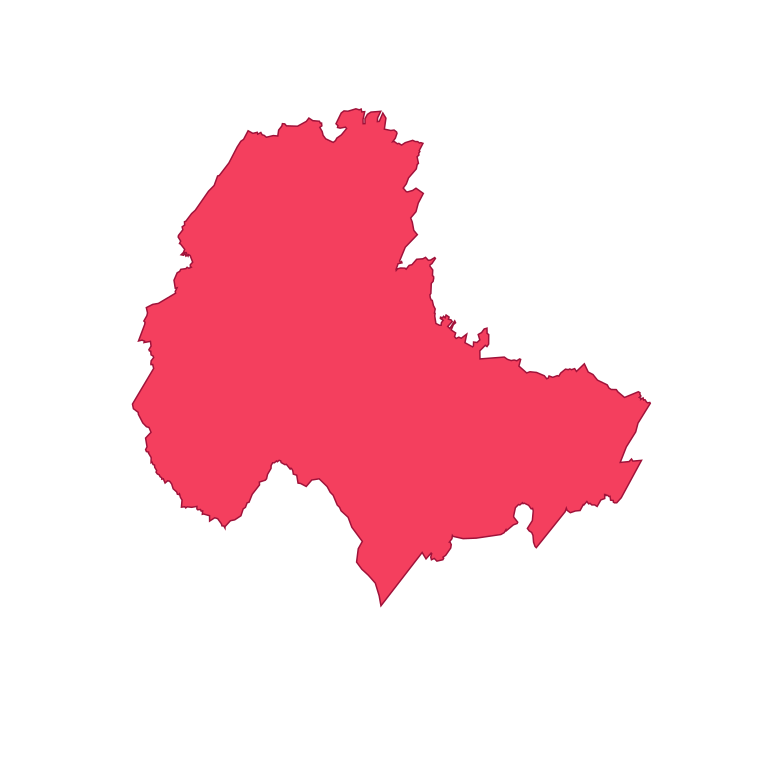 the district of "Vestre Toten" nor, Oppland, Norway, rotated 306°
{"feature_id": "86288312B46682555778915", "entity_name": "\"Vestre Toten\" nor", "entity_type": "district", "adm_level": 2, "iso_a3": "NOR", "parent_name": "Norway", "parent_adm1": "Oppland", "projection": "robinson", "projection_center": [10.584, 60.628], "detail": "fine", "context": "isolated", "style": "filled", "palette": "rose", "viewbox_px": 768, "rotation_deg": 306, "n_neighbors": 0, "source": "geoboundaries", "source_scale": "gbopen_adm2", "svg_char_len": 6171}
<svg xmlns="http://www.w3.org/2000/svg" viewBox="0 0 768 768"><g transform="rotate(306 384 384)"><path d="M210.7,219.4L208.0,223.9L200.1,222.9L193.9,229.2L190.8,229.7L189.7,231.5L190.5,233.6L189.7,234.1L187.6,238.9L183.4,241.8L184.4,242.3L183.1,244.5L183.5,246.0L181.8,247.5L180.4,250.9L178.7,251.4L178.0,253.5L178.4,255.6L177.4,257.3L177.5,259.2L176.4,260.2L177.6,261.2L175.2,265.1L178.6,265.9L179.3,267.8L178.3,271.0L175.3,275.0L174.8,279.8L173.4,281.6L174.0,283.0L174.9,283.1L172.7,285.8L171.4,288.8L165.3,292.5L167.6,295.0L167.2,296.4L169.0,297.0L171.2,300.9L175.0,304.6L173.0,306.0L172.7,307.1L174.6,309.3L173.7,310.8L174.7,311.9L171.8,313.6L172.8,314.5L174.9,320.3L170.6,323.5L176.3,325.7L177.3,328.6L175.3,334.6L174.0,336.3L175.0,337.9L174.0,340.0L175.2,339.2L183.1,340.1L186.4,343.1L193.3,345.7L200.2,343.5L202.8,344.4L207.4,343.1L209.0,344.3L217.3,342.2L229.2,342.6L231.4,340.8L236.4,344.5L238.3,344.7L242.4,342.9L249.3,342.2L251.7,340.6L254.8,340.2L255.8,341.6L258.5,342.3L258.4,343.4L260.6,344.0L261.1,345.5L260.0,347.0L260.5,351.2L261.6,352.3L260.0,358.1L261.2,358.2L261.2,359.0L260.3,361.1L257.8,363.6L258.9,367.0L253.3,372.7L254.5,375.0L255.4,381.3L263.9,382.0L269.2,387.3L267.6,398.3L264.8,404.1L264.1,408.3L258.6,417.3L258.1,420.6L256.2,423.8L255.1,433.3L249.2,442.2L243.9,459.0L235.6,460.0L223.8,466.5L221.1,475.0L220.1,483.7L217.8,494.0L209.8,504.6L202.8,511.9L270.1,513.9L267.2,520.8L274.9,521.5L274.8,522.3L271.4,523.6L269.7,525.7L272.4,527.2L271.8,530.9L276.4,534.9L278.1,534.7L278.6,533.5L281.6,534.6L290.5,534.4L293.6,532.8L294.8,530.6L294.5,529.8L298.8,529.9L301.6,528.4L301.3,529.3L305.4,538.9L313.6,549.3L330.9,567.0L334.4,568.6L337.8,568.3L337.1,569.2L346.2,571.5L349.4,573.7L350.8,573.4L352.5,567.4L353.3,566.5L361.2,563.0L365.6,563.7L366.0,565.0L369.3,565.8L368.9,566.8L370.0,567.5L370.9,572.3L369.5,576.5L370.7,577.3L369.1,579.3L360.7,584.3L351.4,584.9L350.5,587.8L350.7,590.7L349.1,593.5L343.9,598.0L341.4,601.6L341.1,603.4L387.1,605.6L390.7,604.5L389.4,606.4L389.4,610.4L393.8,613.5L396.9,617.0L403.6,616.1L403.6,616.8L408.2,617.2L407.3,620.0L408.6,620.9L408.3,623.2L410.0,625.4L410.2,628.4L417.7,627.6L421.1,629.9L424.3,627.4L424.9,628.5L424.2,629.1L425.4,630.4L425.2,632.2L426.0,632.9L423.2,635.6L424.5,637.9L423.2,639.1L423.4,640.4L424.7,642.1L431.4,642.8L473.6,637.2L467.9,630.7L468.8,628.3L465.3,627.9L459.4,621.2L475.6,617.0L493.2,615.8L501.6,612.5L524.9,610.8L525.3,609.9L523.7,608.3L523.7,607.0L524.7,604.4L523.7,603.4L525.0,601.8L522.6,600.8L523.5,600.4L523.2,598.4L525.3,598.9L526.1,597.0L527.4,596.2L527.2,594.3L514.5,586.5L515.1,577.9L516.0,575.2L513.1,571.0L513.0,568.2L514.5,565.2L512.6,554.4L514.5,547.5L513.7,542.2L518.1,534.2L507.3,532.3L508.5,529.2L505.8,527.3L505.4,525.5L503.9,524.6L502.7,522.1L496.7,520.5L493.1,520.8L492.6,519.3L488.6,516.6L487.5,512.8L485.3,513.4L483.9,512.6L484.9,508.8L483.0,500.6L479.7,494.9L476.8,492.9L477.8,482.6L484.2,480.1L484.0,479.0L480.9,477.8L479.9,475.2L477.7,473.1L476.5,469.3L476.5,465.5L460.7,446.9L467.2,442.0L474.8,443.2L474.8,445.3L477.8,445.2L485.5,439.7L485.6,437.6L489.7,434.5L487.4,432.7L483.0,432.7L479.4,431.1L476.0,435.6L472.3,434.9L470.6,431.8L467.3,434.0L466.1,433.8L465.0,425.2L473.0,421.6L466.4,419.6L465.9,417.0L463.2,415.6L463.8,413.2L467.4,412.0L467.2,406.6L472.8,405.2L475.6,405.9L476.6,404.1L467.6,404.6L468.0,401.7L474.6,402.5L475.3,400.6L474.3,398.0L476.4,397.3L476.3,393.7L473.5,394.5L473.8,392.4L471.9,392.4L471.3,390.5L470.2,391.0L470.3,394.4L467.3,394.4L465.1,395.7L464.1,394.3L463.5,390.4L468.8,385.1L471.2,383.8L471.0,383.1L474.8,381.3L476.5,377.9L480.0,373.9L479.7,372.8L481.0,370.7L483.1,368.7L484.8,368.7L493.2,363.1L495.9,363.4L498.9,362.0L500.1,360.9L500.2,359.5L504.9,356.4L506.3,351.9L507.4,351.2L509.6,352.0L515.8,351.8L516.1,350.7L511.6,348.8L510.1,347.2L510.9,343.2L508.1,341.8L504.1,337.1L497.0,336.5L494.7,334.6L489.9,334.4L490.1,333.0L487.5,329.1L485.2,327.3L483.1,327.1L483.8,326.4L489.6,324.7L492.6,327.3L493.3,326.3L492.1,326.1L492.7,324.3L507.2,320.8L524.4,323.2L525.8,317.8L531.6,311.7L534.0,308.0L542.2,308.6L550.5,305.4L561.3,303.8L561.2,294.8L557.4,293.4L553.2,290.1L552.7,289.0L553.8,284.4L559.1,284.4L565.2,282.7L577.0,283.7L581.2,281.8L582.7,282.2L587.3,277.2L589.7,277.7L591.2,276.4L593.1,276.4L593.6,275.3L601.6,274.1L600.9,271.9L599.8,271.0L599.9,268.8L598.5,266.7L598.0,264.0L591.7,259.3L587.6,257.8L587.4,254.6L586.2,253.6L586.2,249.7L585.1,248.6L589.5,248.7L594.4,247.2L595.3,246.0L595.4,242.9L593.1,240.5L590.4,234.5L600.2,229.3L602.5,223.8L593.7,225.8L592.4,224.4L595.5,222.4L602.7,221.1L596.3,213.6L592.4,212.1L587.4,212.7L583.5,215.6L582.3,214.1L585.6,211.6L593.0,208.3L591.1,206.1L593.0,203.9L591.3,202.9L590.1,199.5L583.5,194.5L581.4,191.1L578.1,190.1L566.3,192.2L565.9,194.9L564.2,195.6L565.2,198.1L569.2,201.9L568.7,203.6L560.5,203.1L555.2,201.3L552.4,201.7L549.6,200.9L548.1,192.7L549.4,188.6L551.9,185.6L553.9,181.2L556.3,182.0L558.4,180.1L557.7,179.2L558.6,177.3L555.2,171.6L555.0,166.9L550.8,166.8L541.7,162.5L535.5,153.3L536.1,150.8L534.9,148.8L532.7,149.7L527.5,149.5L522.2,152.3L519.9,148.4L514.5,143.8L514.7,140.9L514.0,138.9L515.1,136.5L511.9,135.0L513.1,133.5L509.7,130.6L509.0,125.2L499.4,126.6L496.2,125.5L489.5,125.9L471.6,128.6L455.9,128.2L454.5,127.1L444.8,129.9L436.8,128.7L413.6,129.2L408.8,128.2L399.3,128.0L398.0,127.2L395.4,129.3L392.5,128.3L390.5,130.6L383.4,130.4L381.9,131.1L380.1,135.5L377.4,136.0L377.7,137.0L375.8,143.6L372.5,144.4L369.3,143.9L370.3,146.1L373.2,145.6L374.1,146.7L373.6,147.6L371.8,147.1L371.0,148.6L372.8,149.1L372.3,150.3L373.8,149.9L374.0,151.6L370.1,157.6L366.6,157.2L365.3,158.2L365.2,159.4L362.9,158.1L362.7,156.1L360.9,155.9L357.3,152.2L355.0,152.5L352.4,151.3L344.5,153.1L338.8,158.8L340.2,160.0L336.1,160.7L335.0,162.0L316.6,154.1L312.5,150.1L306.1,146.8L302.5,150.9L299.9,152.0L293.8,152.7L293.5,154.4L291.5,155.4L274.5,160.1L277.3,162.5L277.9,165.1L276.5,165.5L281.2,170.0L277.7,173.3L273.6,173.6L272.9,174.8L273.4,176.0L270.7,178.4L270.9,180.7L270.0,182.1L265.9,182.0L263.2,183.6L262.7,184.1L263.8,185.4L261.2,188.5L219.9,192.3L216.7,195.8L216.6,201.8L215.1,203.1L210.7,211.8L209.8,216.9L210.7,219.4Z" fill="#f43f5e" stroke="#9f1239" stroke-width="1.5"/></g></svg>